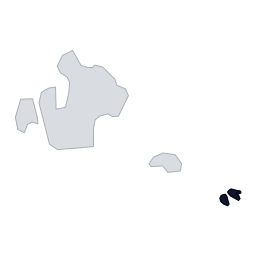 Kökar highlighted on a map of Aland
{"feature_id": "ALD-4824", "entity_name": "Kökar", "entity_type": "state/province", "adm_level": 1, "iso_a3": "ALA", "parent_name": "Aland", "parent_adm1": "", "projection": "albers", "projection_center": [20.932, 59.931], "detail": "fine", "context": "in_parent", "style": "filled", "palette": "ink", "viewbox_px": 256, "rotation_deg": 0, "n_neighbors": 0, "source": "natural_earth", "source_scale": "10m", "svg_char_len": 1113}
<svg xmlns="http://www.w3.org/2000/svg" viewBox="0 0 256 256"><path d="M87.8,67.5L92.4,67.7L94.6,65.1L102.6,67.0L114.7,79.0L117.1,85.5L125.5,88.9L128.4,95.6L118.4,116.2L112.3,116.5L107.8,113.9L99.9,116.0L95.1,119.9L93.5,128.5L93.5,146.6L57.6,149.6L49.5,144.2L39.0,102.9L41.4,92.4L49.0,88.0L55.5,87.1L56.1,109.3L65.6,107.2L68.8,92.7L69.7,82.4L67.2,77.2L60.8,73.1L57.2,66.1L62.7,55.2L72.7,50.5L81.0,65.5L87.8,67.5ZM37.2,117.0L37.9,123.8L32.1,122.0L27.5,124.3L24.3,132.7L17.8,129.5L15.4,117.3L20.7,99.2L32.5,98.8L37.2,117.0ZM181.6,163.6L180.4,170.9L167.9,172.4L162.7,165.9L151.0,166.6L149.0,163.4L153.9,157.0L163.1,153.0L175.2,154.7L181.6,163.6Z" fill="#d9dde1" stroke="#a8b0b8" stroke-width="1"/><path d="M238.6,193.7L236.5,193.4L236.4,193.9L238.7,195.7L239.8,198.6L238.5,200.2L230.7,195.9L228.6,193.6L227.8,192.0L228.1,191.7L228.9,190.5L231.1,189.1L237.9,190.9L239.6,190.9L240.5,191.5L240.6,193.0L238.6,193.7ZM222.0,202.5L220.9,201.3L220.0,198.2L221.3,195.6L223.4,194.7L225.4,194.5L226.8,196.6L227.8,200.5L228.9,204.0L227.7,205.5L223.9,204.0L222.0,202.5Z" fill="#0f172a" stroke="#020617" stroke-width="1.5"/></svg>